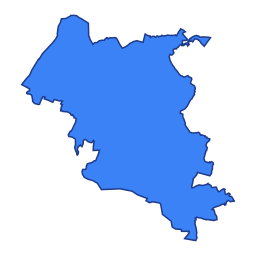 Sieu-Magherus, Bistrita-Nasaud, Romania
{"feature_id": "2599482B89364965460563", "entity_name": "Sieu-Magherus", "entity_type": "district", "adm_level": 2, "iso_a3": "ROU", "parent_name": "Romania", "parent_adm1": "Bistrita-Nasaud", "projection": "mercator", "projection_center": [24.401, 47.084], "detail": "fine", "context": "isolated", "style": "filled", "palette": "blue", "viewbox_px": 256, "rotation_deg": 0, "n_neighbors": 0, "source": "geoboundaries", "source_scale": "gbopen_adm2", "svg_char_len": 5759}
<svg xmlns="http://www.w3.org/2000/svg" viewBox="0 0 256 256"><path d="M181.3,229.4L181.5,231.3L185.5,231.4L186.5,231.1L187.1,231.2L187.4,231.7L188.2,231.6L189.0,231.1L189.2,231.7L189.1,233.1L184.6,238.6L195.7,240.6L195.9,240.5L196.0,239.6L196.7,238.7L196.9,238.0L196.4,234.8L196.8,232.7L196.1,228.0L195.3,225.3L195.0,223.5L195.2,222.2L194.8,221.1L194.8,220.7L195.8,220.1L196.0,219.7L196.0,218.6L195.3,218.1L196.8,217.1L198.0,217.7L200.6,217.9L203.1,218.9L206.8,219.8L207.2,219.5L213.6,220.5L217.0,219.6L216.7,217.8L216.7,216.5L214.7,213.3L214.7,212.2L213.8,209.7L212.1,209.6L211.9,209.3L214.0,207.5L219.5,205.7L222.3,204.3L223.0,204.3L223.9,203.9L224.4,204.4L224.7,205.1L225.8,204.7L225.4,203.4L225.9,203.5L226.2,203.2L226.4,202.0L228.2,200.4L228.6,200.4L230.1,201.5L230.7,201.7L232.7,201.2L234.0,201.3L234.3,201.0L233.8,200.4L233.5,199.6L231.6,196.6L231.1,196.3L229.5,196.4L229.1,196.1L229.1,195.7L229.3,194.9L230.1,194.3L230.0,193.9L228.5,193.1L227.3,193.7L226.3,194.6L225.6,194.4L224.9,192.8L225.0,191.9L224.5,191.0L224.7,190.1L225.1,189.4L224.8,189.2L223.5,188.8L221.2,190.1L219.6,191.5L218.6,191.7L218.2,191.5L218.1,190.8L217.3,189.9L216.6,187.8L216.1,187.1L215.3,187.1L212.6,187.6L212.0,187.4L211.5,186.9L211.0,185.6L209.2,184.4L208.3,184.3L208.0,183.4L206.9,184.3L203.5,185.4L201.0,185.3L199.4,184.9L198.4,185.1L195.7,186.2L193.6,187.5L191.9,187.7L191.8,186.0L192.6,183.3L193.4,178.3L194.4,177.6L196.7,174.8L197.4,172.4L209.8,175.8L211.5,173.5L211.7,170.8L212.2,169.8L212.5,168.2L212.4,166.0L212.9,164.9L213.4,164.4L213.4,163.9L213.2,162.8L211.6,161.7L211.2,162.1L209.8,161.9L209.8,162.8L205.5,161.8L204.9,161.3L203.9,158.6L206.1,150.5L206.6,150.5L207.2,148.0L207.2,147.5L206.2,146.3L206.1,145.8L206.1,144.5L206.7,143.1L207.5,142.1L209.2,140.9L209.7,139.6L209.8,138.9L206.7,138.0L206.9,137.2L205.0,136.6L205.2,136.0L201.2,134.8L201.1,135.2L200.7,135.2L200.1,134.5L199.6,133.1L198.5,132.3L195.7,132.9L192.5,133.0L190.0,132.3L189.1,130.6L188.4,130.1L188.1,129.3L185.6,125.8L185.2,124.8L185.3,123.2L183.7,118.6L183.1,117.7L182.9,117.2L182.7,115.1L182.9,114.2L180.9,113.3L180.3,113.4L180.5,112.0L180.4,111.2L184.2,109.3L185.7,108.1L187.4,105.9L190.5,99.9L192.3,98.3L192.9,96.6L193.9,95.5L194.5,94.5L194.1,93.3L195.1,91.6L194.4,90.4L195.2,89.4L195.3,88.7L195.1,87.6L194.4,85.8L193.8,85.3L192.7,85.0L191.5,83.9L190.7,83.5L190.6,83.1L190.6,82.2L191.7,79.5L191.8,79.0L191.5,78.1L191.1,77.7L189.0,76.8L187.8,75.6L184.2,77.2L182.1,76.0L181.4,76.0L179.7,74.7L178.7,73.5L177.2,71.2L174.7,68.4L174.2,67.2L172.8,65.5L170.8,62.2L170.6,61.2L170.0,60.4L169.5,57.8L169.0,56.6L169.7,55.1L170.4,54.3L171.3,55.1L172.2,54.8L173.6,53.4L173.9,52.5L173.3,51.6L173.1,50.6L173.1,50.2L173.8,49.3L174.9,48.6L175.6,48.6L176.0,49.1L176.3,48.9L177.3,47.7L178.3,47.1L179.0,46.0L181.2,44.3L181.5,44.3L181.8,45.6L183.9,45.5L184.2,44.8L185.9,44.3L187.4,45.0L187.8,45.3L187.8,45.8L189.2,44.5L188.7,44.2L188.6,42.5L188.9,41.9L189.7,41.0L190.2,41.4L191.2,40.9L192.7,41.9L194.3,39.5L195.0,39.0L195.7,39.0L196.5,39.1L198.3,39.9L199.4,40.8L201.3,43.4L201.8,43.8L204.2,46.3L210.5,37.7L208.3,37.2L202.0,36.9L200.0,37.3L198.8,36.2L197.4,35.7L196.4,35.5L195.0,35.8L192.1,37.1L190.8,38.7L190.3,38.3L188.3,40.8L187.7,42.6L182.6,44.4L181.9,43.9L182.3,43.3L182.5,40.5L185.6,40.5L187.7,39.8L182.4,33.6L183.5,32.6L185.3,31.8L183.7,30.4L180.7,28.8L178.5,32.2L176.5,35.8L176.1,35.7L175.4,35.0L174.8,35.3L172.9,35.3L172.3,35.6L171.5,35.3L170.7,35.5L167.7,35.1L164.6,35.9L162.9,35.8L161.8,35.3L161.1,36.2L159.7,36.3L158.8,36.9L157.7,35.9L156.5,36.2L156.3,36.7L155.6,37.2L154.8,36.9L154.6,36.5L152.5,36.3L150.4,37.5L150.2,37.3L150.3,36.7L150.0,35.8L148.8,35.8L147.0,35.2L145.2,34.0L143.0,42.4L136.8,40.7L134.9,41.2L133.2,41.7L131.7,42.6L130.1,43.2L128.3,44.9L125.5,46.8L122.4,48.2L119.9,44.6L117.7,40.3L116.2,38.0L115.1,37.6L113.9,37.6L113.5,37.9L110.5,37.8L109.2,38.1L108.7,38.6L108.5,38.2L107.7,38.4L107.4,38.3L107.1,37.7L106.3,37.8L106.2,38.4L105.8,38.8L104.9,39.2L104.3,40.3L102.0,40.2L99.1,40.8L97.8,42.0L96.9,42.5L94.8,42.7L93.9,43.2L92.9,44.3L90.1,39.5L89.2,36.7L88.7,35.6L88.4,23.2L80.7,18.3L79.2,17.7L76.9,15.9L75.1,15.4L70.9,15.4L70.1,16.2L65.8,18.5L61.4,18.8L60.4,22.6L58.3,26.4L57.3,33.3L57.4,35.8L55.9,38.7L52.1,43.4L42.6,53.5L39.1,59.2L38.6,59.0L31.9,70.0L29.6,75.2L25.7,79.4L21.7,84.6L29.5,88.8L29.4,89.7L29.6,89.8L29.5,90.8L27.6,91.5L26.7,92.6L26.8,93.4L27.8,94.1L29.4,93.9L31.1,94.8L31.8,95.8L32.1,96.7L32.1,97.7L32.7,99.8L32.5,100.7L32.9,101.8L33.7,102.4L34.2,103.2L35.0,103.7L36.1,103.8L38.0,104.5L39.5,104.3L41.8,98.4L42.1,98.4L42.9,96.6L45.0,97.1L44.2,98.8L47.9,100.1L52.8,102.3L54.1,99.5L59.8,101.0L60.4,100.8L62.4,101.0L60.7,103.8L62.1,104.5L61.5,104.9L62.0,105.5L62.0,106.0L61.4,106.7L60.8,109.5L61.0,109.5L60.6,110.8L60.9,110.9L61.1,110.5L61.9,110.7L62.4,111.4L67.2,111.9L68.3,112.2L70.3,113.5L70.9,114.8L71.3,115.1L72.2,115.4L72.2,114.7L72.6,114.7L73.5,116.2L74.0,116.7L74.0,117.8L75.2,118.0L76.2,118.7L75.5,122.5L74.1,125.2L72.3,129.2L71.1,131.1L70.3,131.2L68.3,134.7L68.8,136.5L72.0,137.0L74.8,138.7L75.5,139.5L75.4,145.7L74.9,146.3L74.7,147.5L75.8,151.3L76.8,152.9L76.7,153.7L76.9,154.8L77.5,155.0L78.2,153.8L78.4,152.8L78.5,151.8L77.4,149.9L77.4,149.1L78.3,146.5L78.6,146.7L80.4,144.9L81.6,146.6L82.0,146.7L83.1,143.8L83.3,142.9L83.1,141.9L83.4,140.9L84.2,139.7L85.6,139.5L87.5,141.3L90.1,142.5L91.9,142.6L93.3,140.5L94.1,141.1L93.3,146.4L93.2,150.5L99.5,150.2L98.2,154.5L95.7,160.6L94.0,160.9L92.4,162.3L87.4,163.8L86.3,166.2L86.4,167.6L85.6,169.4L82.8,169.4L82.1,171.3L82.4,174.1L84.4,177.4L88.2,179.3L92.9,180.6L97.4,183.3L101.4,189.6L120.2,188.8L132.1,191.2L137.5,194.8L147.3,198.5L146.0,200.7L149.4,202.7L152.6,201.8L159.7,203.0L160.7,204.4L162.5,214.4L171.2,221.2L172.1,226.8L173.2,227.7L175.8,229.1L181.3,229.4Z" fill="#3b82f6" stroke="#1e3a8a" stroke-width="1.5"/></svg>